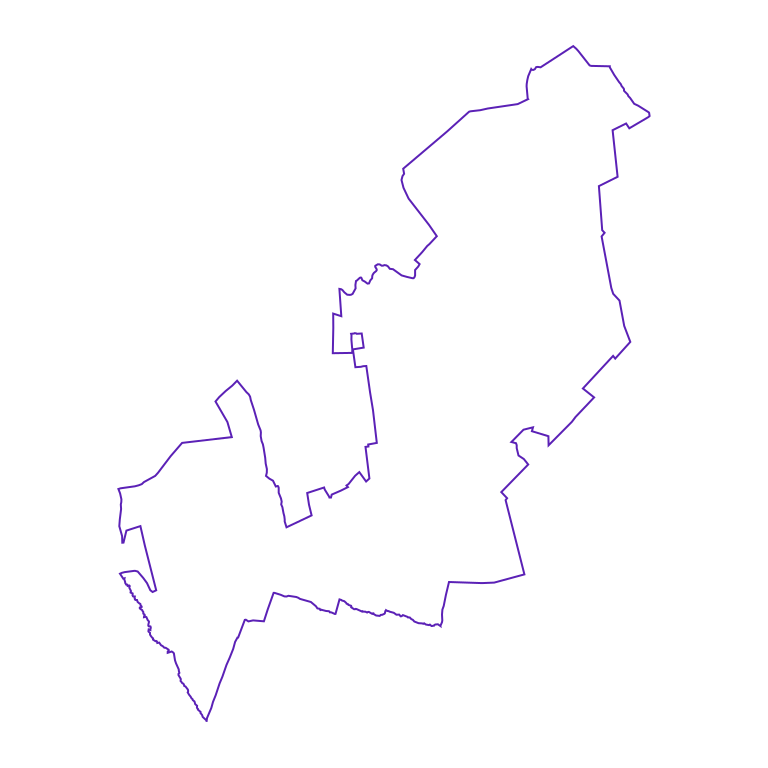 outline of Hlipiceni, Botosani, Romania
{"feature_id": "2599482B72423078179164", "entity_name": "Hlipiceni", "entity_type": "district", "adm_level": 2, "iso_a3": "ROU", "parent_name": "Romania", "parent_adm1": "Botosani", "projection": "mercator", "projection_center": [27.104, 47.59], "detail": "fine", "context": "isolated", "style": "outline", "palette": "violet", "viewbox_px": 768, "rotation_deg": 0, "n_neighbors": 0, "source": "geoboundaries", "source_scale": "gbopen_adm2", "svg_char_len": 6083}
<svg xmlns="http://www.w3.org/2000/svg" viewBox="0 0 768 768"><path d="M206.5,721.9L207.0,718.1L211.3,708.0L213.0,701.9L215.7,695.2L219.6,683.4L222.4,676.7L226.5,664.9L229.7,657.7L233.2,648.9L235.1,641.9L237.4,637.7L237.8,637.8L238.2,637.4L244.8,619.9L245.8,619.7L248.4,621.4L253.1,620.4L263.9,621.3L267.7,609.5L273.6,592.9L274.6,592.9L280.7,594.8L284.4,596.4L286.6,596.5L288.4,595.8L296.3,597.0L298.3,597.8L300.0,598.9L310.9,602.0L316.0,606.3L317.4,608.4L319.7,608.8L320.3,610.0L320.7,610.1L321.2,609.7L326.1,611.0L328.9,611.2L329.5,611.6L329.8,612.3L331.4,612.4L334.9,614.0L335.5,613.9L339.5,599.4L341.4,600.0L341.9,600.5L344.3,601.2L346.3,603.0L346.6,603.7L348.2,604.3L348.4,604.9L351.1,605.8L351.4,606.5L351.2,607.3L354.1,609.2L355.1,609.2L355.5,608.9L356.4,609.0L361.7,611.4L362.1,611.6L362.4,611.2L363.3,611.6L365.4,611.7L367.1,612.5L367.6,612.1L368.8,611.9L372.1,613.8L372.7,613.9L373.0,613.3L373.4,613.3L373.6,614.0L376.1,615.5L379.7,615.9L380.8,614.9L382.2,614.8L384.4,613.8L384.8,613.4L385.4,611.0L386.0,610.8L386.1,610.2L387.5,611.0L388.7,611.1L389.4,611.6L393.8,612.8L396.4,614.7L399.2,614.6L400.6,616.3L401.6,616.2L402.9,615.1L407.6,616.9L407.9,617.4L409.8,617.5L411.3,619.1L412.8,619.8L414.3,621.5L418.6,623.2L422.1,623.4L423.3,623.8L424.1,623.3L425.8,624.5L429.0,625.1L429.9,624.6L431.5,626.0L432.0,626.0L434.1,625.6L434.2,625.2L435.3,624.5L437.9,624.3L440.4,626.0L440.3,625.5L440.7,625.2L442.0,622.2L442.3,620.4L442.0,614.6L442.4,609.6L443.7,606.0L445.9,595.0L449.0,582.0L482.0,583.1L494.2,582.6L524.4,574.4L505.6,500.1L507.1,498.2L501.3,492.1L528.2,464.5L523.8,459.0L518.5,455.5L516.7,448.1L516.7,445.2L516.0,443.2L511.4,442.0L523.5,429.7L533.0,427.3L531.9,431.2L548.4,436.2L548.6,445.3L571.9,421.8L575.5,417.0L594.1,397.4L582.9,388.5L613.1,355.9L615.2,358.6L630.3,341.9L624.2,325.9L619.5,300.6L613.2,293.8L611.3,288.0L601.6,236.4L604.6,232.8L602.2,230.2L598.9,186.1L617.6,176.8L612.6,130.2L626.1,123.5L629.3,128.3L648.5,117.0L649.6,116.0L649.1,112.8L648.7,112.3L638.2,105.7L634.2,103.8L630.0,97.8L628.4,96.2L627.6,94.4L624.2,91.0L624.0,90.6L624.0,89.2L623.6,88.4L621.6,86.0L620.8,84.1L619.1,82.1L614.2,74.9L609.9,67.5L609.7,67.0L609.8,66.3L591.3,65.9L589.6,65.4L578.2,50.9L576.2,48.7L573.2,46.1L540.6,67.3L537.8,66.9L536.2,67.1L534.8,69.2L533.4,69.9L531.7,69.8L531.2,69.1L528.2,76.2L527.3,80.1L526.7,84.0L526.6,86.3L527.7,98.6L528.1,99.1L517.7,104.1L487.8,108.5L480.2,110.2L470.5,111.3L469.1,111.7L447.3,131.3L403.2,168.7L404.1,173.8L402.5,176.1L401.5,180.0L403.5,187.8L408.6,198.6L429.0,224.9L436.8,236.2L429.4,244.1L427.2,246.0L422.2,252.1L414.9,260.0L419.6,264.1L418.2,266.6L415.1,270.0L415.1,275.5L414.5,277.1L413.6,278.2L412.4,278.2L406.9,276.9L401.6,275.4L393.0,269.2L389.8,268.8L388.0,266.4L386.4,265.4L384.4,265.1L382.9,265.7L381.7,265.7L379.7,264.4L377.8,264.3L375.3,265.8L375.2,266.8L376.7,269.3L376.7,270.2L376.1,271.1L373.9,272.9L372.8,274.5L372.3,275.8L372.1,278.3L370.3,280.4L369.0,283.4L367.5,283.6L364.7,281.5L362.4,280.3L361.4,277.9L360.9,277.5L359.8,277.8L356.8,280.6L356.0,281.0L355.4,285.0L355.6,288.4L352.6,293.9L351.1,294.7L349.9,294.9L347.2,294.7L344.3,292.3L342.4,290.0L341.1,289.2L339.4,288.9L341.3,316.2L333.2,313.6L333.3,327.9L332.8,353.2L352.2,352.9L352.3,348.9L352.1,347.8L351.4,339.6L351.5,335.3L351.1,333.8L354.1,333.5L354.5,333.2L356.0,333.3L356.7,333.8L361.7,333.5L363.7,347.6L352.9,349.4L355.4,367.2L360.9,366.8L363.2,366.2L366.3,366.0L370.1,392.6L373.0,410.2L376.8,442.9L368.2,444.5L368.4,446.5L365.5,446.9L369.4,478.5L366.1,481.5L359.3,472.1L355.2,475.7L348.6,484.0L346.5,485.5L347.9,487.1L340.9,490.6L331.7,494.6L331.0,497.5L329.4,497.5L329.1,496.6L324.7,489.5L324.1,487.5L307.2,493.0L309.0,504.7L311.6,515.4L286.5,527.3L284.7,521.5L284.7,519.4L284.3,516.2L283.5,513.2L282.4,507.2L281.2,504.4L281.7,501.7L281.0,498.5L278.7,492.8L278.7,487.8L278.1,486.2L277.6,486.0L275.8,486.5L273.0,480.7L269.3,478.6L266.0,475.9L266.8,472.7L266.9,469.1L265.7,463.6L265.2,457.8L263.6,447.8L262.9,444.3L261.6,441.1L260.7,436.1L260.9,432.4L260.6,430.4L258.2,424.5L254.0,409.8L250.8,400.1L250.1,396.7L248.8,394.4L246.4,392.1L237.1,380.7L232.3,385.6L225.7,391.0L219.2,397.1L215.5,401.5L227.4,422.0L231.8,437.1L182.1,442.9L170.6,456.2L158.0,472.8L155.2,475.9L143.9,482.1L141.8,484.1L138.7,485.3L134.9,486.3L120.6,488.3L118.4,489.0L120.1,493.4L121.4,499.3L121.3,502.1L120.8,504.5L121.1,509.0L119.8,519.5L119.3,526.2L122.1,536.1L122.3,542.7L123.5,542.6L126.4,530.6L140.4,526.1L144.8,545.4L156.2,590.3L152.6,592.0L150.3,590.2L147.0,583.1L143.2,577.9L137.7,571.5L135.3,570.9L133.9,570.9L124.8,572.1L122.0,572.8L120.0,573.7L123.3,578.7L124.5,578.3L124.3,579.4L125.1,581.8L125.2,582.9L126.2,584.6L127.1,584.6L127.6,585.9L129.0,585.4L129.6,585.8L129.7,586.4L129.3,587.0L129.4,587.9L131.0,591.1L130.5,592.2L130.6,592.6L132.6,593.4L132.7,593.9L132.5,595.2L133.0,596.3L134.8,596.5L134.5,597.5L134.5,597.9L134.9,598.3L134.9,599.5L135.7,600.0L137.0,600.0L137.6,601.9L139.2,603.3L140.3,603.9L140.7,605.5L141.5,606.3L141.7,606.9L140.4,607.7L139.8,607.6L139.7,608.0L140.3,608.9L142.2,610.1L142.6,611.1L143.3,612.0L143.3,613.6L144.6,614.6L144.7,615.3L144.1,616.1L144.0,617.2L145.7,616.8L146.4,617.1L147.7,620.1L148.9,621.4L149.0,621.9L148.4,624.3L148.3,625.7L148.8,626.3L150.0,626.3L150.5,626.5L150.8,627.9L150.4,629.1L150.4,630.0L148.7,629.4L148.4,631.2L148.6,631.7L150.0,632.8L150.0,634.4L150.4,635.3L152.1,637.6L153.1,638.4L153.0,639.6L155.5,641.2L156.2,641.0L156.9,641.4L157.3,643.0L159.2,642.6L161.0,645.2L162.8,646.2L164.3,647.7L165.7,647.8L168.6,649.7L168.8,650.2L167.7,651.7L167.7,652.8L171.7,651.5L173.3,652.6L173.9,653.4L175.0,660.3L176.0,663.3L178.7,669.3L178.9,671.2L179.4,672.9L178.5,673.9L178.5,675.1L180.7,678.8L180.8,679.3L180.6,680.3L180.7,681.3L181.3,681.7L182.2,683.1L183.4,683.7L184.1,685.1L184.2,685.9L185.5,686.5L187.8,689.5L188.1,690.4L188.1,691.7L187.7,692.4L189.2,694.9L190.6,696.6L191.5,698.3L192.5,699.1L192.8,700.1L194.5,701.5L195.2,704.1L197.1,705.8L196.9,707.3L197.2,708.2L198.0,709.0L197.9,709.6L200.6,712.0L200.5,713.0L202.1,715.0L202.7,716.9L206.2,720.2L206.6,720.9L206.5,721.9Z" fill="none" stroke="#5b21b6" stroke-width="2"/></svg>